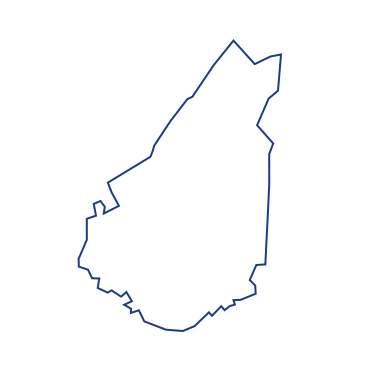 outline of Clarendon, South Carolina, United States of America, rotated 339°
{"feature_id": "52423323B77456184843444", "entity_name": "Clarendon", "entity_type": "district", "adm_level": 2, "iso_a3": "USA", "parent_name": "United States of America", "parent_adm1": "South Carolina", "projection": "natural_earth1", "projection_center": [-80.271, 33.688], "detail": "fine", "context": "isolated", "style": "outline", "palette": "blue", "viewbox_px": 384, "rotation_deg": 339, "n_neighbors": 0, "source": "geoboundaries", "source_scale": "gbopen_adm2", "svg_char_len": 874}
<svg xmlns="http://www.w3.org/2000/svg" viewBox="0 0 384 384"><g transform="rotate(339 192 192)"><path d="M285.0,65.5L257.8,81.3L226.5,103.2L221.0,103.6L197.1,118.2L173.2,135.3L170.3,139.3L165.8,144.2L116.8,153.1L116.8,163.4L118.8,178.7L101.9,180.5L105.3,174.5L103.3,167.6L96.0,167.9L93.9,179.7L84.2,179.3L76.7,198.9L62.2,213.8L59.6,221.1L67.1,227.3L67.8,236.7L74.4,239.5L69.6,247.8L77.2,255.7L81.7,255.0L88.3,264.3L94.9,261.9L96.7,272.4L88.3,273.0L93.2,279.1L91.6,283.0L100.0,283.4L101.1,295.7L118.3,311.2L133.7,318.5L146.4,318.1L164.7,310.4L166.3,314.7L178.4,309.1L180.1,314.0L186.4,312.0L191.7,312.5L192.0,307.8L198.7,310.1L215.0,309.8L217.5,302.0L214.4,294.9L225.9,283.2L234.5,285.9L257.0,235.0L266.7,212.9L277.7,184.2L285.2,175.8L276.7,153.0L297.0,132.3L308.6,128.2L324.4,95.5L313.7,93.6L296.4,95.1L285.0,65.5Z" fill="none" stroke="#1e3a8a" stroke-width="2"/></g></svg>